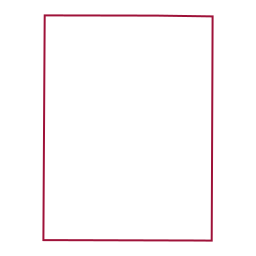 outline of Henry, Iowa, United States of America
{"feature_id": "52423323B58057992279979", "entity_name": "Henry", "entity_type": "district", "adm_level": 2, "iso_a3": "USA", "parent_name": "United States of America", "parent_adm1": "Iowa", "projection": "mercator", "projection_center": [-91.542, 40.988], "detail": "fine", "context": "isolated", "style": "outline", "palette": "rose", "viewbox_px": 256, "rotation_deg": 0, "n_neighbors": 0, "source": "geoboundaries", "source_scale": "gbopen_adm2", "svg_char_len": 227}
<svg xmlns="http://www.w3.org/2000/svg" viewBox="0 0 256 256"><path d="M43.7,183.8L43.4,240.1L193.6,240.5L211.7,240.6L212.4,72.5L212.6,16.4L156.6,15.6L44.7,15.4L43.7,183.8Z" fill="none" stroke="#9f1239" stroke-width="2"/></svg>